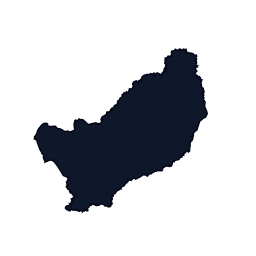 outline of Senangkhanikhom, Amnat Charoen, Thailand, rotated 141°
{"feature_id": "78962969B182385267454", "entity_name": "Senangkhanikhom", "entity_type": "district", "adm_level": 2, "iso_a3": "THA", "parent_name": "Thailand", "parent_adm1": "Amnat Charoen", "projection": "natural_earth1", "projection_center": [104.697, 16.044], "detail": "fine", "context": "isolated", "style": "filled", "palette": "ink", "viewbox_px": 256, "rotation_deg": 141, "n_neighbors": 0, "source": "geoboundaries", "source_scale": "gbopen_adm2", "svg_char_len": 5834}
<svg xmlns="http://www.w3.org/2000/svg" viewBox="0 0 256 256"><g transform="rotate(141 128 128)"><path d="M211.2,89.1L210.1,90.9L209.3,91.4L207.9,91.2L207.2,92.0L206.5,92.0L205.3,91.1L204.2,91.9L202.8,90.4L201.2,87.5L200.6,87.5L199.7,86.5L197.4,86.1L195.8,85.3L194.9,83.0L195.0,82.1L193.8,81.0L192.6,78.7L191.9,78.8L191.0,78.1L190.6,79.2L189.7,78.8L188.0,79.1L188.6,80.4L187.7,81.1L187.2,80.8L186.7,82.1L184.8,82.7L184.9,83.2L184.0,84.6L183.8,84.3L183.0,84.9L182.3,84.4L181.8,85.3L181.6,85.0L180.7,85.6L179.5,85.7L179.1,85.2L176.9,86.2L174.9,85.8L174.9,86.6L173.2,85.5L172.7,86.0L172.4,85.6L171.4,85.9L171.3,85.5L171.0,86.1L170.2,86.2L167.6,85.7L167.5,86.2L166.9,86.3L166.7,85.7L164.7,86.7L164.3,86.3L163.5,86.8L163.1,86.3L162.5,86.7L161.8,86.4L160.3,87.4L158.4,85.3L155.6,85.6L154.6,85.2L154.2,83.4L149.3,82.4L145.6,82.1L143.8,80.3L143.2,78.4L140.1,79.0L138.5,77.7L137.6,78.1L136.0,77.5L134.1,77.7L133.3,76.5L131.9,76.8L131.0,75.4L130.1,75.0L128.8,73.5L128.2,73.5L127.4,74.4L127.0,74.2L126.0,75.2L124.1,74.7L123.0,75.2L121.9,73.9L121.2,74.1L120.7,73.0L119.8,72.9L120.1,72.1L119.7,71.8L119.3,72.0L118.6,71.4L118.2,71.9L117.9,71.4L116.9,71.8L114.5,73.8L113.2,72.7L112.3,73.5L108.2,71.5L107.1,72.1L104.8,72.1L104.5,71.7L104.2,72.5L103.7,72.2L103.4,72.9L101.9,71.7L101.3,72.6L101.2,73.3L100.6,72.8L99.9,73.3L98.8,72.6L97.4,73.5L96.2,72.4L96.1,71.3L94.4,71.5L92.7,73.8L90.9,75.0L89.3,77.3L88.3,77.8L88.3,78.3L86.6,77.9L84.0,79.2L83.6,80.2L84.6,80.8L84.0,81.6L83.4,80.9L82.4,80.5L80.6,82.7L79.1,83.2L75.7,83.2L68.1,88.1L63.7,88.2L60.9,87.7L57.5,89.2L56.4,91.3L55.0,96.5L51.9,99.6L51.7,100.1L52.0,100.4L51.6,100.7L51.6,101.2L51.8,101.9L51.2,103.0L50.0,103.7L50.0,105.0L48.5,105.8L49.0,107.1L47.8,107.3L47.2,107.9L46.9,107.7L46.6,108.9L45.7,108.8L45.5,110.1L44.6,111.6L45.3,112.5L45.1,112.8L45.3,113.0L43.0,116.9L43.0,117.7L42.2,118.0L41.7,117.8L41.3,118.6L40.3,119.0L41.2,120.0L41.2,120.5L40.1,121.3L40.4,122.2L41.1,122.0L40.2,123.0L41.2,123.7L41.3,124.3L41.7,124.4L41.2,125.1L42.0,127.1L41.9,128.0L41.6,128.4L38.8,128.9L38.5,129.9L39.0,130.2L38.0,133.0L37.6,132.1L36.5,132.6L35.8,132.0L35.7,132.6L35.2,132.6L35.9,133.2L35.2,133.6L35.6,134.1L35.2,135.1L34.0,135.2L33.7,137.0L33.3,137.1L33.0,136.7L32.3,138.0L31.2,138.5L31.1,139.8L30.3,140.6L29.5,140.5L29.0,141.6L30.5,142.7L30.9,145.2L32.0,145.3L31.7,146.3L33.5,148.1L34.4,148.1L34.0,149.1L35.1,149.6L34.6,150.2L34.5,151.7L33.9,151.5L33.4,152.7L34.4,153.2L35.3,154.4L36.2,154.0L36.9,154.3L36.9,155.0L38.2,155.9L37.9,156.6L38.8,157.1L39.3,157.0L39.3,156.1L39.7,156.0L39.9,156.8L41.3,157.7L41.3,158.7L41.8,159.5L42.1,159.5L42.5,158.5L43.0,158.5L44.4,159.6L45.7,160.1L47.1,159.2L47.0,157.5L48.0,157.5L48.4,156.7L48.9,157.3L49.6,157.1L50.9,157.7L51.6,158.6L52.3,158.5L52.9,157.8L53.9,158.4L54.5,158.1L55.1,158.8L55.5,157.9L56.5,157.6L56.0,156.5L58.0,155.9L58.6,155.2L58.5,152.7L59.6,152.8L60.4,151.0L61.3,151.6L63.0,150.9L63.1,150.1L62.3,149.3L63.7,148.4L64.5,148.6L64.2,149.5L64.4,149.8L65.9,149.1L66.9,149.2L68.1,148.2L68.7,149.0L69.5,149.0L69.6,150.3L70.4,152.2L71.7,152.8L73.3,152.5L73.3,154.4L75.2,154.4L76.1,156.0L77.3,156.0L78.6,156.7L79.6,157.8L80.6,157.7L81.8,158.8L85.0,158.9L86.4,157.4L87.7,157.8L88.7,156.4L89.4,157.8L90.7,157.9L91.2,156.9L92.1,156.6L92.6,157.8L91.9,158.7L91.9,159.4L94.4,160.2L96.3,159.5L96.9,158.8L97.2,157.4L100.3,155.7L102.2,157.5L105.0,155.6L105.9,155.9L106.4,157.2L108.4,156.2L108.6,157.8L110.7,157.3L111.7,157.5L112.9,155.7L114.4,156.1L115.0,155.5L115.7,156.1L117.0,154.9L117.9,155.4L119.1,155.3L119.7,154.9L119.9,154.1L120.7,153.9L121.6,152.7L122.0,153.2L122.5,152.8L123.2,153.7L124.5,153.8L126.6,152.9L128.3,153.5L128.4,153.0L129.3,153.1L129.1,152.4L130.3,152.9L130.8,151.9L131.0,152.3L133.0,152.6L133.8,153.3L134.3,153.1L134.6,153.6L136.3,151.8L137.1,152.3L137.2,151.9L137.5,152.2L137.9,151.9L140.2,152.9L140.6,152.2L140.8,152.8L141.5,152.7L141.1,151.6L141.8,150.9L142.6,151.9L143.4,151.9L144.8,148.7L146.3,149.3L147.7,149.0L148.2,150.0L148.8,150.0L148.8,150.6L149.6,150.8L149.4,151.4L149.9,152.5L150.8,152.4L151.8,153.5L153.0,153.7L153.7,154.4L154.9,154.3L155.4,155.1L156.6,155.6L157.3,157.5L157.1,158.0L157.9,162.9L160.0,164.8L160.3,165.8L162.1,165.5L163.6,166.2L163.7,167.1L164.8,167.0L167.7,164.7L169.6,161.7L169.9,160.3L172.3,160.2L174.3,160.9L174.3,159.4L175.0,161.0L175.8,161.4L176.6,163.4L178.5,164.3L180.1,166.2L180.1,167.5L181.3,170.0L182.6,171.3L183.4,172.8L183.3,174.9L185.0,176.4L186.7,177.3L189.0,179.6L188.1,181.9L188.4,182.9L190.1,184.3L193.0,184.7L193.6,184.2L194.1,184.5L195.0,183.9L195.8,184.1L198.6,183.4L201.4,181.9L202.1,181.0L204.5,180.4L205.1,179.9L206.1,180.0L206.2,179.4L207.6,178.6L206.7,176.4L206.7,175.0L207.4,174.1L209.9,166.9L210.5,162.8L210.9,162.7L210.7,160.5L211.0,159.2L212.4,158.3L213.0,156.4L212.6,155.5L213.3,155.2L213.2,154.6L214.0,153.7L208.9,152.3L207.0,150.4L206.6,147.4L206.7,142.0L208.1,131.8L205.5,126.7L206.4,126.1L206.9,126.2L207.3,125.4L208.6,125.1L209.1,124.5L209.8,124.6L210.2,124.2L210.1,123.7L210.7,122.6L210.4,121.7L210.8,121.4L211.6,121.9L211.7,121.0L212.7,121.1L212.6,120.7L213.0,120.4L212.8,119.8L213.1,118.9L212.8,118.5L213.1,118.1L212.7,117.9L212.4,117.0L212.7,116.5L212.7,115.5L213.3,115.4L213.6,113.9L212.7,112.8L212.9,112.3L212.6,110.8L213.2,109.8L212.5,108.9L212.6,108.3L213.6,108.0L215.1,108.2L215.6,107.8L216.0,108.1L215.9,107.7L216.3,107.6L216.8,107.8L216.9,107.1L217.1,107.3L217.3,106.7L217.9,106.4L217.8,106.0L218.8,106.1L219.9,105.1L220.3,105.4L221.4,105.0L221.4,105.3L221.8,104.6L221.9,105.1L222.5,104.8L224.6,106.0L225.8,105.5L226.0,105.9L227.0,105.2L226.9,102.8L225.9,102.1L225.9,101.5L225.3,102.0L225.2,100.2L223.3,100.5L222.2,98.5L220.8,97.6L220.2,97.7L219.9,96.1L219.0,95.8L218.4,93.9L216.5,93.7L216.3,92.7L215.7,92.2L216.1,91.5L214.3,91.7L214.0,91.0L213.3,91.2L212.8,91.9L212.4,91.4L212.5,90.4L212.0,89.4L211.2,89.1Z" fill="#0f172a" stroke="#020617" stroke-width="1.5"/></g></svg>